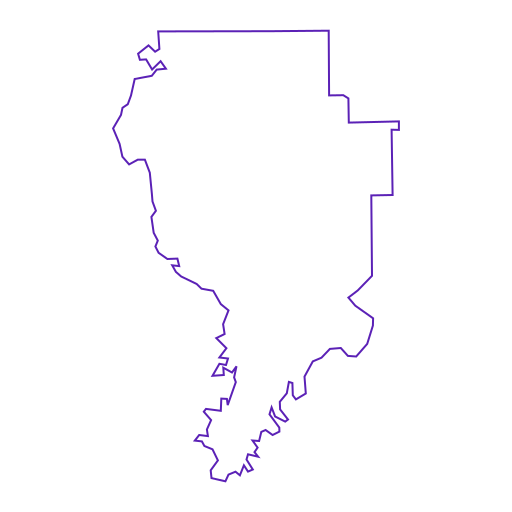 the district of Clarke, Alabama, United States of America
{"feature_id": "52423323B65809730100750", "entity_name": "Clarke", "entity_type": "district", "adm_level": 2, "iso_a3": "USA", "parent_name": "United States of America", "parent_adm1": "Alabama", "projection": "equal_earth", "projection_center": [-87.89, 31.589], "detail": "fine", "context": "isolated", "style": "outline", "palette": "violet", "viewbox_px": 512, "rotation_deg": 0, "n_neighbors": 0, "source": "geoboundaries", "source_scale": "gbopen_adm2", "svg_char_len": 1704}
<svg xmlns="http://www.w3.org/2000/svg" viewBox="0 0 512 512"><path d="M288.0,419.5L280.1,409.4L279.8,401.8L286.8,393.3L288.9,381.9L292.4,383.0L292.8,395.3L295.9,399.4L305.8,393.5L304.5,376.6L312.8,361.4L321.5,357.7L329.9,348.9L340.8,348.0L347.9,355.9L356.2,356.5L367.2,343.9L372.9,325.6L373.1,318.3L355.3,305.7L348.4,297.6L357.8,290.4L372.0,275.8L371.3,195.4L392.6,195.0L391.6,129.7L398.9,129.9L398.9,121.4L348.8,122.6L348.4,98.4L343.3,95.2L329.1,95.4L328.7,30.7L270.9,31.2L158.2,31.4L159.4,49.0L155.1,51.7L148.5,45.4L138.1,53.7L139.9,59.8L146.1,59.4L152.1,69.5L160.6,61.2L165.9,68.7L156.7,69.6L151.8,75.8L134.7,79.0L131.0,95.5L127.8,104.2L122.5,107.8L121.0,114.9L113.1,128.4L119.6,143.9L122.4,156.7L129.1,164.4L137.7,159.7L144.9,159.7L149.8,172.7L151.9,194.1L152.5,201.5L155.9,210.8L151.4,216.9L153.7,232.8L157.8,240.6L155.4,246.5L158.6,252.8L167.4,259.0L177.4,258.6L179.2,266.1L172.2,265.3L175.9,271.9L181.2,276.5L196.7,284.0L201.5,288.7L213.2,290.8L220.8,304.1L228.5,310.4L223.1,324.2L224.6,334.0L216.3,338.1L226.4,348.2L219.4,357.5L228.0,358.5L226.0,365.0L219.4,363.8L212.5,375.8L223.8,375.0L223.3,367.7L232.0,372.5L236.5,366.3L234.1,377.4L235.8,382.1L227.7,405.1L226.9,398.9L221.3,398.6L220.8,410.8L206.0,408.9L203.8,411.7L211.1,420.1L206.9,429.5L207.9,436.1L199.2,435.0L194.8,440.6L201.9,441.4L204.4,446.0L212.5,449.3L217.9,460.4L210.7,470.3L211.5,478.1L225.4,481.3L228.5,474.6L235.5,471.7L239.9,475.3L243.9,465.3L248.0,471.6L252.8,469.5L246.5,459.5L248.0,454.3L258.1,456.7L254.5,452.1L257.6,447.6L252.5,440.5L259.1,441.0L261.3,431.9L265.6,430.0L272.6,435.0L279.4,431.6L279.3,427.6L269.5,414.3L271.6,407.4L275.1,416.5L285.2,421.6L288.0,419.5Z" fill="none" stroke="#5b21b6" stroke-width="2"/></svg>